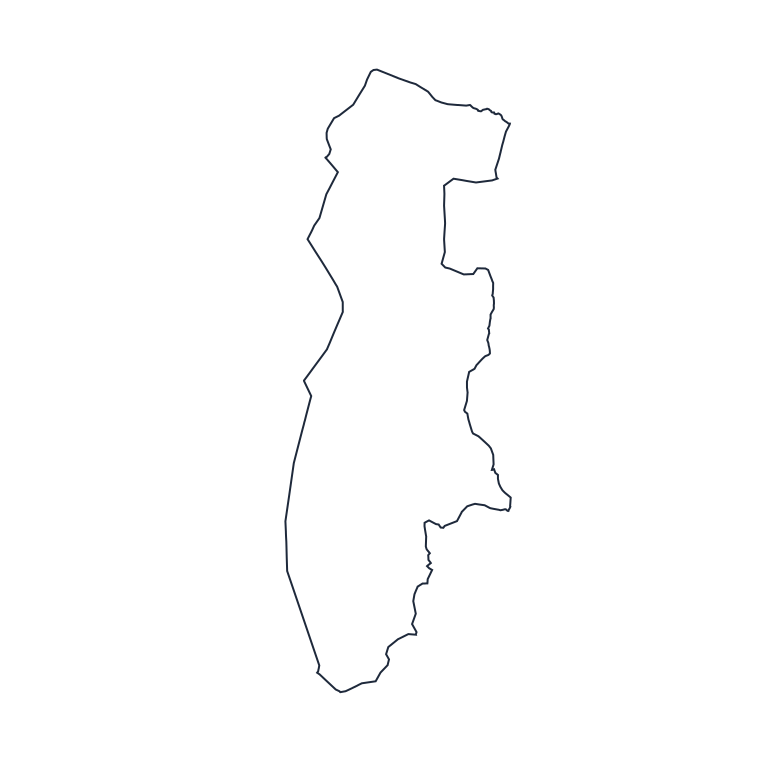 Maqbanah, Ta`izz, Yemen, rotated 28°
{"feature_id": "15242507B87636717080649", "entity_name": "Maqbanah", "entity_type": "district", "adm_level": 2, "iso_a3": "YEM", "parent_name": "Yemen", "parent_adm1": "Ta`izz", "projection": "natural_earth1", "projection_center": [43.703, 13.621], "detail": "fine", "context": "isolated", "style": "outline", "palette": "slate", "viewbox_px": 768, "rotation_deg": 28, "n_neighbors": 0, "source": "geoboundaries", "source_scale": "gbopen_adm2", "svg_char_len": 5565}
<svg xmlns="http://www.w3.org/2000/svg" viewBox="0 0 768 768"><g transform="rotate(28 384 384)"><path d="M372.9,95.0L371.6,95.6L370.6,95.4L369.7,95.2L368.6,95.1L367.6,95.1L365.9,94.7L364.8,94.6L364.0,94.2L363.1,93.2L362.4,92.6L361.7,92.0L361.1,91.7L360.1,91.5L358.8,91.4L358.0,91.4L357.4,92.0L356.8,92.8L356.0,93.3L355.4,93.3L354.8,93.5L354.6,93.5L354.3,93.2L353.8,92.6L353.0,92.9L352.4,93.3L351.7,93.5L351.1,93.4L350.4,92.7L349.8,92.6L349.0,92.6L348.2,92.4L347.7,92.2L347.0,92.3L346.3,92.4L345.7,92.6L345.4,93.2L344.7,93.7L343.8,94.5L342.7,95.4L342.3,96.2L342.0,97.0L341.6,97.7L340.2,98.2L339.1,98.5L338.6,98.5L338.2,97.9L337.4,97.8L336.2,97.8L335.1,98.0L333.8,98.3L332.8,98.3L331.6,98.0L330.5,97.7L329.7,97.4L328.9,97.3L325.9,99.6L318.6,102.8L317.6,103.3L309.2,106.9L308.6,107.1L306.4,107.6L302.5,108.5L297.2,109.1L296.2,109.3L292.0,107.9L287.6,106.0L285.6,105.2L276.6,104.7L271.2,104.3L265.7,105.4L253.7,107.2L230.2,109.7L227.3,111.7L225.8,114.6L226.1,123.1L227.1,129.6L226.4,139.8L225.7,151.9L225.5,152.3L219.4,165.8L218.4,168.1L215.1,172.7L214.7,180.6L214.5,185.0L215.4,189.2L217.7,193.3L218.5,194.6L221.0,196.8L224.2,199.6L226.8,201.8L227.7,206.6L226.6,211.3L225.3,211.4L228.1,212.4L235.3,215.2L241.5,217.7L243.8,218.6L243.9,229.1L244.0,237.1L244.0,243.5L249.1,267.8L248.0,276.9L248.3,281.5L248.4,284.6L248.4,285.2L248.4,286.8L248.5,292.0L255.5,296.0L260.9,299.1L271.1,304.8L278.2,308.9L290.5,316.2L294.9,318.9L296.5,319.8L297.1,320.2L309.1,331.0L313.0,338.3L313.1,338.5L313.8,339.7L314.2,344.5L314.4,346.7L314.9,352.9L315.8,363.1L316.8,373.4L317.3,379.7L317.3,379.8L317.4,380.0L317.2,381.3L316.7,384.7L316.3,387.6L313.9,403.8L312.9,410.9L312.8,411.3L312.7,412.2L311.9,417.4L311.9,417.8L311.7,418.4L312.1,419.0L325.4,428.8L326.4,433.2L329.9,447.9L331.3,453.5L331.6,455.1L332.2,457.3L333.5,463.0L338.0,481.7L341.5,496.2L341.8,497.0L352.6,526.9L361.4,551.5L366.9,560.8L367.1,561.2L369.2,564.8L371.8,569.1L374.3,573.5L379.2,582.2L386.3,594.6L397.4,605.0L446.0,650.7L459.0,662.9L459.3,663.9L460.0,666.0L460.1,666.6L460.7,668.4L460.7,668.5L460.7,668.8L460.5,670.3L463.4,670.6L470.7,672.6L484.8,676.4L489.0,676.2L489.7,676.5L490.1,676.6L494.3,673.3L496.8,670.0L502.2,662.6L502.4,662.2L504.9,658.7L516.2,650.4L516.4,640.4L519.2,630.5L519.1,630.3L518.3,627.2L517.7,624.8L512.7,621.6L511.3,614.3L511.3,614.2L513.4,609.3L516.2,602.7L516.3,602.6L522.9,593.4L529.8,590.4L529.7,590.3L529.2,587.8L521.5,582.8L519.9,571.9L511.8,562.0L509.6,555.3L509.6,555.2L509.2,551.3L508.9,547.4L508.8,547.1L509.6,545.8L510.4,544.3L510.5,544.2L511.2,543.0L511.3,542.8L511.7,542.1L513.2,541.3L515.3,540.0L515.9,539.7L515.6,538.9L514.2,535.8L513.8,525.6L510.5,525.5L507.5,524.6L507.6,524.2L509.4,520.1L508.9,519.8L507.1,519.0L506.4,518.7L505.8,518.4L505.7,518.2L504.3,515.8L503.4,514.4L503.9,511.9L499.4,510.0L498.7,509.4L497.2,507.8L493.2,499.6L492.9,498.9L492.7,498.7L489.5,494.5L488.8,493.6L486.5,490.5L485.9,489.3L485.0,487.5L486.0,485.9L487.8,483.3L491.1,483.3L495.7,483.3L498.2,482.4L501.4,484.1L503.9,483.1L504.2,480.8L512.8,470.8L512.8,468.4L512.8,466.9L512.8,461.4L512.7,460.3L512.8,460.1L513.3,458.4L514.9,452.9L516.7,451.0L517.0,450.7L518.6,449.0L520.6,447.1L521.4,446.8L524.3,445.8L529.8,443.8L530.9,443.8L533.0,443.8L535.5,443.8L536.3,443.7L539.0,442.9L543.7,441.4L544.2,441.2L546.1,440.8L548.1,439.2L548.7,438.6L549.7,437.7L549.9,437.7L550.5,437.5L550.8,437.5L551.8,437.9L552.0,437.9L552.3,437.9L553.2,437.9L553.5,437.5L553.4,437.3L553.2,437.0L553.3,434.7L553.2,433.0L552.7,432.7L551.8,430.6L549.2,424.8L548.9,424.7L546.0,424.1L544.7,423.8L544.4,423.8L542.0,423.3L541.6,423.2L540.3,422.8L538.4,422.2L534.9,420.1L532.1,417.9L529.1,414.2L527.3,410.8L524.0,410.2L521.2,407.6L520.9,407.9L520.1,408.9L519.6,409.2L518.5,403.5L515.8,398.9L513.7,395.3L508.6,390.7L505.5,389.3L500.7,388.0L493.3,386.1L493.0,386.1L492.1,385.8L485.8,385.9L484.7,385.1L484.1,384.7L478.6,379.2L476.9,377.4L476.4,376.9L475.9,376.4L475.3,375.8L475.2,375.7L473.2,373.2L471.5,371.0L468.5,370.5L467.0,369.4L465.2,360.2L465.0,359.6L464.9,359.4L461.9,352.5L461.9,352.4L460.9,351.0L459.3,348.7L459.0,348.3L456.1,342.9L453.5,333.3L456.8,328.1L456.8,323.9L457.4,321.8L457.6,320.9L458.6,317.1L459.2,315.0L459.5,314.2L459.9,313.0L460.4,311.8L462.4,309.5L462.6,309.2L463.2,307.4L463.1,307.1L461.5,304.5L461.3,304.3L460.9,303.7L459.3,301.8L459.0,301.5L458.4,300.9L457.5,299.6L456.7,298.6L456.1,298.1L455.9,297.9L455.5,297.6L454.5,296.7L453.1,290.5L453.2,290.0L451.0,286.7L449.8,286.2L449.7,283.0L448.5,279.9L448.3,279.4L447.5,277.0L447.4,276.7L447.4,276.2L445.5,272.7L445.5,270.0L445.7,266.4L445.2,265.1L443.8,262.7L443.7,262.3L443.4,261.5L443.2,261.1L441.9,258.8L440.5,256.7L440.2,256.2L438.0,255.1L437.9,254.9L437.7,253.4L437.1,252.1L436.4,250.4L436.0,249.5L435.9,249.2L435.7,248.8L434.4,246.4L433.0,243.6L432.9,243.5L432.7,243.3L432.2,242.9L431.6,242.5L430.1,241.1L427.6,239.0L422.4,234.4L419.3,234.4L417.7,235.2L412.1,238.0L411.5,242.7L411.2,245.0L408.1,246.8L404.9,248.7L404.7,248.8L403.0,249.8L387.9,251.2L383.4,252.4L378.4,250.8L375.8,239.0L375.7,238.8L369.5,228.7L368.9,227.6L365.9,221.0L363.9,216.5L362.6,213.6L361.6,211.9L360.7,210.4L355.8,202.4L353.3,198.3L349.0,189.6L348.1,187.8L346.7,185.4L343.9,180.7L344.2,180.2L349.0,170.1L357.6,167.2L361.4,166.0L370.6,162.9L384.0,153.4L384.6,152.7L387.8,149.3L386.4,148.8L384.0,145.6L382.8,144.1L381.8,142.7L381.7,142.6L379.9,132.1L379.7,130.9L379.5,130.2L378.4,125.9L378.1,124.6L377.8,123.6L377.7,123.2L377.5,122.4L377.3,121.6L376.2,117.4L375.5,114.0L374.2,108.6L373.2,103.9L373.2,97.8L373.1,95.7L372.9,95.0Z" fill="none" stroke="#1e293b" stroke-width="2"/></g></svg>